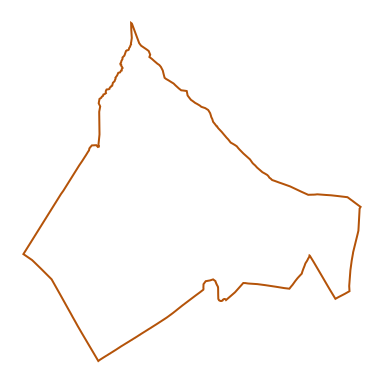 outline of Deir-ez-Zor, Dayr Az Zawr, Syria
{"feature_id": "27442178B9541206135539", "entity_name": "Deir-ez-Zor", "entity_type": "district", "adm_level": 2, "iso_a3": "SYR", "parent_name": "Syria", "parent_adm1": "Dayr Az Zawr", "projection": "equal_earth", "projection_center": [40.368, 35.564], "detail": "fine", "context": "isolated", "style": "outline", "palette": "amber", "viewbox_px": 384, "rotation_deg": 0, "n_neighbors": 0, "source": "geoboundaries", "source_scale": "gbopen_adm2", "svg_char_len": 3943}
<svg xmlns="http://www.w3.org/2000/svg" viewBox="0 0 384 384"><path d="M98.3,361.0L99.9,359.8L103.5,357.5L115.7,349.9L121.2,346.3L136.3,337.0L140.8,334.1L156.4,324.3L166.7,317.6L172.7,313.2L182.5,305.4L195.6,295.5L200.1,292.2L203.3,289.7L203.5,288.8L203.4,287.8L203.5,284.2L205.7,281.2L210.1,280.4L213.1,279.4L215.4,281.1L215.5,281.4L215.5,281.5L215.6,281.9L215.7,282.0L215.8,282.3L215.9,282.6L216.0,282.7L216.0,282.9L216.0,283.0L216.2,283.3L216.3,283.5L216.4,283.8L216.5,283.9L216.5,284.1L216.6,284.3L216.7,284.5L216.8,284.7L216.9,284.8L217.0,285.0L217.2,285.3L217.2,285.5L217.3,285.6L217.4,285.8L217.5,285.9L217.6,286.1L217.7,286.3L217.8,286.5L217.9,286.8L217.9,287.0L218.0,287.1L218.0,287.3L218.0,287.5L218.1,287.8L218.2,295.1L218.3,298.5L218.3,298.8L218.4,299.0L218.5,299.2L218.5,299.3L218.6,299.5L218.8,299.8L218.9,300.0L219.0,300.0L219.2,300.3L219.3,300.3L219.5,300.5L219.8,300.7L220.0,300.8L220.3,300.9L220.5,300.9L220.7,301.0L220.8,301.0L221.0,301.0L221.3,301.0L221.4,300.9L221.5,300.9L221.8,300.8L222.0,300.8L222.1,300.7L222.3,300.6L222.5,300.5L222.5,300.4L222.7,300.2L222.8,300.1L222.9,299.9L223.0,299.8L223.0,299.7L223.3,299.5L223.4,299.4L223.5,299.3L223.7,299.2L223.8,299.2L224.0,299.1L224.3,299.0L224.5,299.0L224.8,299.0L225.0,299.1L225.3,299.2L225.4,299.3L225.5,299.4L225.6,299.5L225.8,299.6L225.9,299.8L226.0,299.8L226.1,300.0L235.0,292.3L243.3,283.0L245.5,283.1L248.1,283.5L249.6,283.6L252.6,283.8L257.3,284.1L265.6,285.2L275.6,286.7L284.3,288.1L289.4,288.7L291.1,286.5L292.5,284.9L295.3,281.0L297.6,278.1L299.8,275.7L301.8,273.6L302.0,272.7L302.5,271.2L302.8,270.3L303.6,268.2L304.6,265.7L305.2,263.9L305.8,262.7L306.7,261.4L307.6,259.8L308.2,258.5L309.1,257.2L309.5,255.5L309.8,255.7L313.6,261.9L320.6,273.8L327.6,285.8L329.9,289.7L335.4,298.8L338.5,297.1L344.7,293.9L349.5,291.2L349.2,286.0L350.4,270.2L350.9,266.6L351.7,260.6L353.0,253.3L353.1,252.4L354.3,247.5L357.6,234.1L358.4,230.7L358.6,227.3L359.5,210.9L359.6,208.6L360.6,206.9L358.8,205.6L347.5,197.2L337.4,196.0L331.1,195.3L325.0,194.9L317.2,194.3L314.9,194.6L308.2,194.8L301.1,191.6L297.3,189.8L290.1,186.4L281.4,183.3L279.6,182.7L274.7,180.9L272.1,180.0L270.9,178.8L269.3,177.6L268.6,176.4L267.3,175.0L264.6,173.4L262.4,172.2L257.1,167.6L255.2,165.5L253.4,163.9L252.6,163.1L250.0,159.4L243.4,153.5L239.3,149.3L237.9,147.7L236.8,146.3L234.7,144.9L232.5,143.6L230.7,142.6L228.3,139.5L226.5,137.6L223.2,133.7L221.8,132.0L218.2,128.2L217.0,126.3L216.7,126.4L214.8,123.9L213.1,121.8L212.3,119.1L211.3,117.1L210.9,115.6L210.1,113.1L208.2,110.0L205.2,108.1L201.3,106.8L199.9,105.6L196.7,103.7L195.3,103.0L192.5,100.9L191.0,99.9L189.4,97.9L187.6,95.5L186.9,91.8L186.7,91.0L183.1,90.5L181.2,90.3L178.9,88.5L175.4,85.3L173.6,83.5L171.6,82.3L168.6,80.4L166.0,78.9L164.6,77.8L163.4,73.2L162.8,70.6L160.9,66.9L159.3,65.0L157.4,63.7L153.9,60.7L151.9,58.9L149.4,57.0L150.2,54.7L148.7,51.0L146.7,49.5L141.1,45.7L139.2,43.2L131.9,23.6L131.1,23.0L131.3,29.9L131.8,38.0L131.2,42.0L130.9,43.3L131.1,44.4L130.4,45.4L130.1,46.7L129.3,47.7L128.7,49.7L127.7,50.3L126.9,50.3L126.0,51.0L124.4,55.6L122.5,57.5L122.5,59.0L121.3,61.2L121.2,62.1L120.3,63.8L120.6,64.7L121.2,64.7L121.5,66.5L122.0,66.9L122.6,68.0L121.8,69.0L121.7,70.5L121.1,70.6L120.0,72.4L118.3,72.8L117.1,75.5L115.4,77.8L115.6,78.7L115.0,79.9L114.6,81.2L112.9,82.8L112.2,85.7L111.5,85.8L111.1,86.6L110.1,87.3L109.7,87.9L109.5,88.8L108.8,89.2L107.6,89.4L106.6,89.5L105.9,90.8L105.7,92.2L106.0,93.1L104.6,94.1L103.4,94.5L102.9,96.0L101.8,96.7L101.2,97.8L99.5,98.9L98.7,103.3L100.2,106.4L99.2,111.8L99.5,134.5L98.4,145.3L98.9,145.6L98.9,146.6L97.9,147.0L96.3,145.2L91.9,145.4L90.8,146.6L89.4,148.4L89.0,150.4L88.2,151.5L86.0,155.1L84.7,157.1L82.2,161.0L79.2,165.4L63.3,190.8L61.0,194.0L27.3,247.9L23.4,254.1L32.0,260.0L33.7,261.6L41.6,269.3L43.9,271.6L46.9,274.6L48.1,275.8L51.6,279.3L60.0,294.2L67.9,308.4L71.1,314.1L72.6,316.9L75.6,322.2L77.7,326.0L81.7,332.9L98.3,361.0Z" fill="none" stroke="#b45309" stroke-width="2"/></svg>